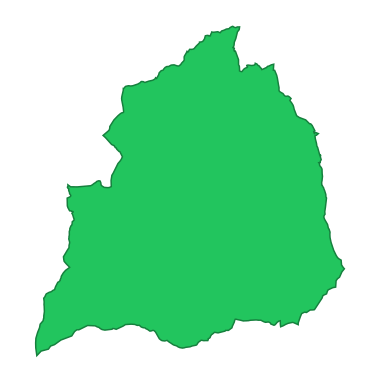 Tigveni, Arges, Romania (Natural Earth projection), rotated 91°
{"feature_id": "2599482B38014929426493", "entity_name": "Tigveni", "entity_type": "district", "adm_level": 2, "iso_a3": "ROU", "parent_name": "Romania", "parent_adm1": "Arges", "projection": "natural_earth1", "projection_center": [24.538, 45.154], "detail": "fine", "context": "isolated", "style": "filled", "palette": "green", "viewbox_px": 384, "rotation_deg": 91, "n_neighbors": 0, "source": "geoboundaries", "source_scale": "gbopen_adm2", "svg_char_len": 5886}
<svg xmlns="http://www.w3.org/2000/svg" viewBox="0 0 384 384"><g transform="rotate(91 192 192)"><path d="M358.3,344.3L353.7,340.1L351.6,332.8L348.5,330.7L347.0,326.8L342.3,320.5L338.0,309.7L333.6,307.0L331.8,304.8L331.7,302.6L327.3,294.1L327.5,286.4L328.5,284.5L329.0,282.7L330.3,281.1L331.1,279.5L331.6,276.7L330.6,269.5L329.9,269.0L329.9,267.6L330.6,265.4L327.3,258.6L325.7,256.2L325.2,250.6L325.4,246.9L326.3,244.5L326.2,242.3L327.8,240.5L328.5,238.6L328.7,236.6L329.7,235.4L330.0,234.3L331.8,231.7L331.7,230.6L331.0,228.6L331.3,227.4L332.7,226.0L339.3,222.1L340.9,220.0L341.2,218.9L341.4,216.6L340.8,214.3L342.1,212.7L343.9,209.8L344.7,208.7L345.4,207.3L346.1,204.7L347.0,203.4L347.8,201.5L348.2,198.8L347.9,197.0L347.4,195.5L346.8,191.2L345.9,189.0L345.1,185.3L344.7,184.6L342.1,183.0L341.2,181.7L340.1,180.4L340.1,179.6L340.4,177.9L340.3,173.6L339.3,173.2L338.4,173.2L337.6,171.7L336.8,171.2L335.5,170.8L334.1,169.8L333.8,169.2L331.9,167.0L332.4,163.5L330.5,156.5L329.8,156.1L329.7,153.1L327.1,149.7L325.6,149.3L321.4,147.5L319.7,147.1L318.5,146.6L318.4,145.8L318.7,144.8L319.3,141.5L320.0,138.5L319.7,133.6L319.2,131.2L318.8,125.6L319.0,123.5L319.0,120.9L320.4,118.1L321.0,116.3L320.6,113.3L321.0,112.4L321.3,111.7L321.8,111.3L322.6,110.9L323.8,107.7L323.2,106.5L320.6,104.4L320.1,103.5L319.6,103.0L319.2,101.5L322.3,101.4L325.2,101.0L324.1,98.4L322.7,96.0L321.6,93.5L320.6,89.1L320.9,88.0L322.8,83.5L321.0,83.5L314.8,81.5L311.6,80.2L310.2,77.4L310.2,76.8L310.5,75.7L310.3,75.2L307.9,71.8L307.8,69.1L307.5,67.5L295.8,60.1L293.5,59.4L292.8,58.5L291.5,55.7L289.1,55.0L287.5,54.2L285.2,49.6L284.6,46.7L278.2,46.4L276.2,45.0L274.6,43.0L269.2,40.7L266.1,38.3L264.8,39.5L262.3,41.2L257.5,41.7L256.4,43.7L255.1,45.3L253.0,46.7L247.9,49.3L239.9,52.1L235.1,53.2L232.0,53.4L229.7,53.3L226.8,54.3L225.6,55.1L222.1,55.9L216.9,59.0L214.7,59.8L213.1,59.4L211.9,58.6L209.4,58.9L204.7,58.3L195.6,57.4L194.6,58.0L192.0,58.2L188.1,59.5L186.9,60.1L185.5,60.5L184.5,61.2L182.6,62.2L182.6,62.4L179.9,62.5L178.5,62.2L174.1,61.8L171.3,62.2L166.9,62.4L165.4,63.1L163.3,64.8L161.3,65.1L160.5,65.7L160.3,64.3L159.2,64.3L157.4,63.4L153.8,64.5L153.5,64.0L152.6,64.3L152.6,65.0L145.1,67.2L144.1,67.9L141.1,68.4L136.7,69.6L134.1,70.0L133.6,69.9L133.2,69.1L133.1,68.6L131.4,66.7L130.2,69.8L131.3,70.7L129.5,71.4L128.5,70.3L123.4,73.0L121.8,74.5L121.7,75.7L117.9,79.6L115.6,86.1L113.9,88.7L107.5,91.3L105.0,91.9L103.4,92.5L100.9,94.1L98.8,95.8L96.8,94.6L95.3,96.2L94.5,97.5L94.4,98.0L94.7,99.7L94.5,100.5L94.0,101.2L93.2,101.9L92.5,102.3L91.9,102.9L90.5,105.5L89.6,106.5L88.7,106.8L86.1,106.8L83.4,107.4L76.8,108.6L73.7,109.4L68.9,111.5L68.8,112.8L62.8,112.5L63.5,115.0L64.7,117.2L65.1,118.7L65.4,119.0L66.3,119.7L66.6,120.5L67.6,122.5L68.4,124.3L67.3,124.8L66.2,126.0L64.9,126.9L64.1,128.4L63.0,129.2L62.2,131.0L63.0,131.1L63.7,131.5L64.1,132.2L64.3,133.1L64.5,134.6L64.1,138.1L64.3,139.2L64.6,139.5L64.9,139.5L65.5,138.8L66.1,138.7L66.7,139.4L67.2,140.8L67.9,141.9L69.0,142.9L70.6,144.0L70.8,144.3L70.6,145.5L70.1,146.6L68.8,146.6L65.8,146.8L65.1,147.0L64.1,147.6L63.6,147.7L58.9,147.8L50.8,150.9L50.1,151.5L50.5,152.0L50.1,152.3L48.6,152.6L48.1,152.2L47.6,152.2L47.3,152.5L47.1,153.4L46.9,153.6L46.0,153.0L44.4,152.5L41.5,152.3L37.9,150.9L31.3,149.4L30.8,149.2L29.7,148.2L28.8,147.7L27.8,147.5L26.1,147.3L26.2,149.7L26.8,150.8L26.9,151.4L26.4,153.0L25.7,154.0L25.7,154.5L26.9,156.8L27.8,157.6L28.1,158.0L28.5,160.6L29.5,162.4L30.5,165.2L32.3,166.7L31.3,169.0L31.8,172.4L31.9,173.5L31.7,175.1L32.4,175.2L34.4,176.2L35.5,176.3L35.7,177.0L35.5,177.5L35.5,178.3L35.1,178.7L35.3,180.3L35.6,181.4L38.7,182.2L40.9,183.6L41.7,184.8L42.0,187.0L42.3,186.9L43.4,187.7L46.0,190.3L48.6,192.4L49.1,193.3L49.4,194.6L49.4,196.9L51.7,198.1L52.2,198.6L51.4,199.4L53.0,200.1L56.2,201.9L57.1,202.2L60.2,202.1L61.0,202.5L63.5,204.8L65.0,205.6L65.2,206.1L66.2,207.3L66.3,207.7L66.1,209.2L65.2,212.0L65.3,213.6L65.5,215.1L66.9,217.5L67.0,219.4L67.9,221.0L69.4,222.3L70.5,222.9L70.9,223.6L71.1,224.5L71.4,225.1L73.4,226.9L75.4,227.4L79.1,229.4L78.8,229.9L78.4,230.4L79.3,230.8L79.7,231.2L80.4,232.2L81.0,233.4L81.9,237.1L83.3,241.0L82.5,242.8L82.4,244.4L82.6,244.9L83.6,245.7L85.0,248.0L86.8,253.1L87.1,255.1L86.9,256.8L86.9,257.5L87.5,260.1L88.2,260.9L90.0,262.3L89.9,262.5L91.6,262.5L97.7,263.8L99.7,264.0L101.4,263.8L108.5,262.3L112.5,261.8L113.3,261.8L113.8,262.3L114.2,263.9L115.2,265.3L117.1,267.4L121.3,271.3L127.9,275.3L129.8,275.4L131.7,276.0L133.2,277.6L137.0,281.9L139.1,279.5L145.9,273.2L147.1,270.6L148.9,269.5L149.3,268.6L150.6,267.9L152.8,265.6L153.0,264.8L158.0,262.2L160.6,263.3L162.4,264.5L164.8,266.5L174.7,271.2L176.7,272.4L181.8,273.1L188.0,272.8L189.0,274.9L189.1,276.6L188.9,279.8L187.7,281.9L186.6,283.0L184.2,283.4L182.6,284.1L182.4,285.3L182.7,286.4L183.2,287.6L184.2,288.4L184.9,289.7L186.6,291.8L187.5,293.4L188.9,306.8L188.9,313.5L187.0,316.2L188.3,316.1L188.9,316.5L189.7,316.6L190.4,316.1L190.9,315.3L192.1,315.4L193.5,315.0L194.3,314.6L196.0,314.3L196.8,313.5L197.9,313.1L198.4,313.4L199.1,314.1L200.3,316.7L208.1,316.4L209.8,315.8L212.7,314.2L213.1,313.7L212.9,312.7L213.5,312.0L213.5,310.9L214.0,310.5L215.4,311.7L216.8,310.9L220.0,309.9L221.1,309.4L222.4,309.6L223.8,311.2L225.9,311.3L227.3,311.7L227.8,312.3L228.6,312.7L230.7,313.5L232.0,313.5L233.6,314.0L237.3,313.9L238.5,314.2L239.8,314.2L241.1,314.4L244.2,313.5L245.2,313.5L247.5,314.0L249.8,314.0L252.5,315.7L259.0,319.4L261.9,319.0L263.6,318.6L266.2,316.3L269.4,313.0L270.8,314.7L272.5,317.0L275.1,319.2L278.5,321.2L280.0,321.4L282.1,322.3L282.7,322.2L284.3,323.8L284.6,324.6L289.1,326.8L292.0,327.7L292.9,329.5L293.8,330.5L294.4,331.6L294.7,332.9L296.4,335.9L298.3,336.9L298.8,336.9L300.8,338.4L304.4,337.9L307.3,338.0L308.6,337.8L314.2,337.5L318.3,338.0L320.7,338.0L321.3,338.3L323.3,338.6L326.8,341.5L330.4,342.1L335.1,343.9L340.9,345.5L345.6,345.7L350.4,345.5L358.3,344.3Z" fill="#22c55e" stroke="#15803d" stroke-width="1.5"/></g></svg>